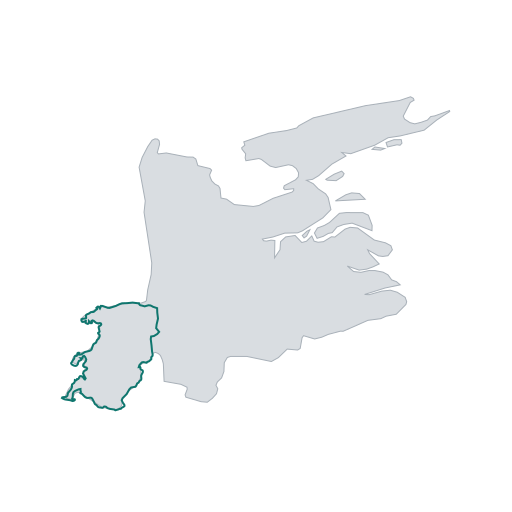 Bangladesh, with Rangpur highlighted, rotated 263°
{"feature_id": "BGD-5492", "entity_name": "Rangpur", "entity_type": "Division", "adm_level": 1, "iso_a3": "BGD", "parent_name": "Bangladesh", "parent_adm1": "", "projection": "natural_earth1", "projection_center": [88.983, 25.892], "detail": "fine", "context": "in_parent", "style": "outline", "palette": "teal", "viewbox_px": 512, "rotation_deg": 263, "n_neighbors": 0, "source": "natural_earth", "source_scale": "10m", "svg_char_len": 7515}
<svg xmlns="http://www.w3.org/2000/svg" viewBox="0 0 512 512"><g transform="rotate(263 256 256)"><path d="M178.6,372.2L178.5,359.2L170.7,333.4L171.1,330.6L169.4,318.2L167.4,311.4L166.5,304.1L171.1,293.5L169.3,291.8L158.9,288.6L157.6,285.9L159.8,275.6L152.4,265.8L149.4,258.4L157.4,234.8L159.4,218.4L158.8,215.2L154.0,211.5L145.3,210.1L139.2,207.0L135.7,202.3L132.6,200.5L128.9,201.9L124.1,200.0L120.1,195.4L116.8,189.8L118.1,183.7L124.4,169.2L126.8,168.7L132.2,171.5L134.2,171.5L137.8,165.8L142.8,149.5L160.3,150.9L164.5,150.3L168.9,149.0L171.2,147.0L172.6,144.4L172.1,142.1L166.7,139.0L164.7,136.7L163.2,130.2L161.6,127.7L151.1,127.4L145.6,124.4L142.6,121.7L137.3,112.8L130.7,106.2L124.4,104.6L122.0,102.5L120.7,99.1L121.4,94.2L124.6,84.7L142.0,64.4L142.4,62.1L141.8,59.5L136.7,56.3L136.4,54.7L137.8,50.4L140.7,49.9L146.7,53.7L152.7,60.0L156.4,65.6L156.5,70.0L161.2,70.9L165.2,72.9L169.3,72.3L171.9,73.4L173.7,73.0L174.3,70.4L170.9,64.0L172.6,61.3L176.6,61.5L179.4,63.9L181.5,68.8L181.9,76.5L186.6,83.4L192.8,88.3L197.6,90.6L203.4,92.2L208.4,90.6L210.8,85.8L209.7,81.5L210.5,77.6L212.5,75.5L215.6,75.6L217.9,78.7L224.7,95.2L223.3,102.6L224.9,122.7L223.2,136.0L224.3,141.0L225.4,141.9L235.6,144.4L250.4,149.7L261.8,151.7L313.0,150.2L324.2,152.8L358.4,150.8L367.7,155.0L377.8,161.9L383.6,167.0L384.6,170.0L384.0,172.5L382.1,173.9L378.6,173.9L370.6,170.6L369.2,171.6L369.2,179.5L362.7,199.5L361.8,205.6L359.6,208.1L352.8,209.3L348.4,221.0L346.6,222.4L342.1,219.8L339.4,220.2L335.9,221.3L332.4,224.0L330.1,227.3L327.4,228.5L317.8,228.3L316.0,233.7L309.7,240.7L305.5,259.4L305.8,265.2L311.2,280.1L315.0,299.5L316.4,301.4L318.2,301.6L318.3,292.7L320.0,291.6L322.3,292.6L326.8,304.5L329.4,307.6L333.4,308.4L337.9,306.6L341.3,303.1L342.6,299.3L341.4,286.3L343.5,281.0L351.2,273.1L352.4,270.7L351.8,257.6L354.7,257.2L358.7,258.2L363.7,255.1L365.2,255.0L367.3,258.4L370.8,257.8L376.3,283.7L376.8,301.9L378.1,312.1L380.1,314.4L386.1,329.6L391.9,383.2L392.8,417.2L395.2,428.8L393.3,431.4L391.4,431.9L389.6,427.8L376.9,419.2L373.8,420.1L369.6,425.1L367.8,429.7L368.6,436.3L370.0,442.7L373.1,446.4L373.3,450.5L376.8,465.8L375.8,465.9L368.9,451.9L360.4,438.2L357.6,413.7L357.3,401.6L351.5,387.3L346.0,362.5L348.3,353.7L344.3,357.5L338.0,342.6L328.1,328.0L325.2,321.5L325.0,315.3L320.8,321.6L315.0,326.0L309.2,332.7L305.3,334.7L292.9,336.0L285.7,327.0L275.3,305.1L273.9,300.2L275.2,287.3L272.8,275.1L272.0,264.4L270.2,265.4L269.5,268.3L269.9,272.8L269.1,276.6L251.9,274.2L259.3,280.6L267.2,282.1L271.3,287.8L271.6,297.3L263.8,303.1L264.5,307.9L269.1,313.8L263.6,315.5L262.1,319.3L262.0,324.8L265.9,333.2L265.2,336.6L271.8,347.6L273.0,352.9L271.4,360.3L257.4,375.4L253.3,386.1L249.8,391.1L245.5,392.1L240.2,387.0L240.1,381.8L241.2,377.6L248.5,367.6L244.5,369.0L233.1,377.3L230.9,370.6L229.5,364.3L229.4,356.7L234.9,345.4L228.7,351.0L227.0,358.1L227.8,366.5L227.0,372.4L224.5,380.1L221.2,384.7L215.8,387.7L213.4,392.3L209.8,395.6L208.5,380.1L204.6,359.1L203.8,363.6L205.8,376.6L205.7,385.1L202.8,391.8L196.8,399.0L192.3,400.0L189.6,398.9L181.1,388.1L180.4,377.8L178.6,372.2ZM282.8,372.5L272.3,375.0L267.0,374.2L276.9,355.4L276.6,346.9L275.0,340.0L269.9,334.5L269.6,330.5L267.3,325.1L266.1,318.8L271.7,316.8L276.3,320.4L278.0,327.6L280.3,333.0L288.2,344.0L288.1,350.8L286.0,367.4L282.8,372.5ZM305.4,366.3L299.0,371.3L301.0,341.5L305.8,352.6L307.0,358.6L305.4,366.3ZM329.8,351.4L327.0,353.5L324.4,351.7L321.0,344.7L322.6,335.8L323.6,334.6L327.7,343.6L329.8,351.4ZM353.8,414.3L350.2,414.6L348.4,412.5L349.2,409.5L348.2,399.8L352.8,398.9L354.6,407.0L353.8,414.3ZM349.7,387.3L347.0,396.9L345.9,392.6L347.7,384.2L349.7,387.3ZM274.4,309.6L275.5,312.7L269.6,308.7L268.1,305.9L270.7,304.4L274.4,309.6Z" fill="#d9dde1" stroke="#a8b0b8" stroke-width="1"/><path d="M223.9,131.4L223.4,133.3L223.4,134.0L222.4,134.2L221.5,134.8L221.1,135.4L221.0,135.9L219.6,139.4L220.2,143.3L219.8,145.2L218.9,146.6L218.2,147.5L217.7,148.5L216.3,151.5L211.7,151.1L205.8,151.1L200.1,149.0L196.5,148.1L192.5,150.6L190.6,148.5L189.0,144.9L188.9,142.1L186.4,141.4L179.9,141.4L174.0,141.2L171.0,141.4L169.6,141.2L168.6,140.1L168.3,139.7L167.0,139.6L166.4,139.5L166.0,139.1L164.6,137.1L164.3,136.4L164.3,135.7L164.1,135.1L163.4,134.5L163.4,134.1L164.4,131.5L164.4,130.0L163.8,129.1L163.1,128.3L162.3,127.4L161.8,126.9L160.0,126.1L160.0,127.4L159.4,127.7L158.9,127.6L158.3,127.5L157.8,127.6L157.2,128.2L156.7,128.9L156.2,129.5L155.5,129.7L154.2,129.4L152.3,128.0L151.1,127.4L148.5,127.3L147.3,127.0L146.7,126.4L146.3,125.3L144.6,124.0L144.0,122.5L141.8,121.3L140.9,120.4L140.7,116.0L139.1,114.0L134.7,110.8L131.1,106.2L129.2,105.1L126.5,106.0L125.5,106.6L124.3,107.2L123.2,107.2L122.5,106.3L122.0,105.0L121.8,104.4L120.8,103.2L120.8,102.5L120.9,101.9L120.5,100.8L120.0,97.6L120.2,97.3L120.5,97.1L120.9,96.6L122.0,92.5L123.1,90.1L124.6,88.8L125.1,87.4L125.0,86.6L124.6,86.2L124.3,85.9L124.1,85.6L124.0,84.9L124.1,84.5L124.3,84.1L124.9,81.8L125.4,80.9L127.4,79.5L127.9,79.0L128.3,78.5L128.7,78.1L129.4,77.8L130.6,77.5L134.1,76.2L135.2,75.5L135.6,74.4L135.6,71.8L135.8,70.7L136.7,69.3L137.6,68.5L140.4,66.5L140.8,65.9L141.1,65.2L141.5,64.9L142.1,65.4L142.5,65.6L143.0,65.6L143.6,65.5L144.1,65.4L145.4,65.6L145.3,63.8L144.1,59.9L143.2,58.3L141.7,57.5L138.2,56.8L136.8,56.1L136.4,56.2L136.2,56.7L136.0,58.3L135.7,58.7L135.0,58.5L134.5,57.5L134.4,56.3L134.8,55.4L135.5,54.0L136.8,49.3L137.2,48.3L138.0,47.0L138.7,46.1L139.3,46.5L139.4,47.8L139.3,49.4L139.5,50.8L140.3,51.8L142.4,52.5L143.3,52.9L144.1,53.9L144.8,54.6L145.5,55.4L146.0,55.9L147.2,56.8L148.5,57.4L149.0,57.5L150.3,57.5L151.0,57.8L151.4,58.5L151.8,59.3L152.2,60.0L152.9,60.5L153.5,60.8L154.9,61.1L154.6,61.7L154.5,62.3L154.7,62.8L155.2,63.0L155.6,63.2L155.6,64.5L155.9,65.0L157.3,65.8L158.1,66.5L158.2,67.4L157.7,68.7L156.9,69.4L154.7,70.6L154.3,71.1L155.3,72.0L160.4,70.0L162.5,70.9L163.0,72.0L163.4,73.2L164.0,74.2L165.0,74.7L165.9,74.3L166.8,71.9L168.0,71.0L169.6,71.4L172.3,74.3L174.0,74.9L176.6,74.1L177.8,73.2L177.5,71.9L176.9,71.7L176.1,71.6L175.7,71.2L175.9,69.6L175.4,70.0L174.8,70.2L174.4,70.0L174.0,69.4L173.4,67.4L171.9,66.5L170.2,65.9L169.0,64.5L168.9,63.2L169.4,61.9L170.2,60.7L170.9,59.9L171.9,59.4L172.5,59.6L173.0,60.2L174.0,60.9L174.6,61.3L175.6,62.4L176.1,62.9L176.8,63.2L178.1,63.6L178.6,64.0L178.9,64.9L178.7,65.5L178.8,66.0L179.7,66.5L181.2,66.9L181.6,67.5L181.6,68.4L181.1,68.7L180.3,68.3L179.6,68.4L179.6,70.3L180.0,71.5L181.2,73.7L181.6,74.8L182.1,79.2L182.6,80.5L183.3,81.4L187.3,83.3L188.2,83.9L188.8,84.8L189.2,86.2L189.7,86.8L191.8,87.9L193.2,89.7L194.3,90.5L195.5,91.1L196.5,91.2L197.5,90.6L198.2,89.9L198.9,89.9L199.8,91.4L200.1,91.5L200.4,91.6L200.7,91.5L201.0,91.4L204.2,91.1L204.5,91.1L204.8,91.2L205.1,91.4L205.9,93.0L206.5,93.8L207.1,94.1L207.9,93.9L208.3,93.3L208.5,92.4L208.4,91.4L208.9,89.4L211.5,87.0L212.0,85.8L211.6,84.9L210.8,84.9L210.0,85.1L209.4,84.8L209.4,83.9L210.0,83.3L210.9,82.8L211.6,82.3L210.5,82.2L209.5,81.7L209.1,80.8L209.8,79.4L210.1,79.1L210.6,78.8L211.0,78.8L212.2,79.2L212.3,78.8L211.8,78.0L211.7,75.8L212.1,75.2L213.4,74.8L214.5,75.0L214.8,76.1L214.8,77.5L214.8,79.1L214.7,79.4L214.8,79.6L215.6,79.9L216.0,80.0L217.2,79.9L217.7,79.9L218.4,80.5L218.8,81.6L219.1,82.8L219.5,83.8L220.3,85.0L220.4,85.9L220.3,86.8L220.3,88.0L220.7,88.7L221.9,90.4L222.4,91.4L222.7,91.9L223.1,92.0L223.5,91.8L223.9,91.4L224.0,91.3L225.0,92.5L224.9,93.5L224.0,94.2L222.9,94.7L224.0,95.4L224.9,95.5L225.4,95.9L225.1,97.7L222.6,102.6L222.3,104.4L223.5,110.8L224.8,114.5L225.4,117.3L224.9,122.4L224.8,127.8L223.9,131.4Z" fill="none" stroke="#0f766e" stroke-width="2"/></g></svg>